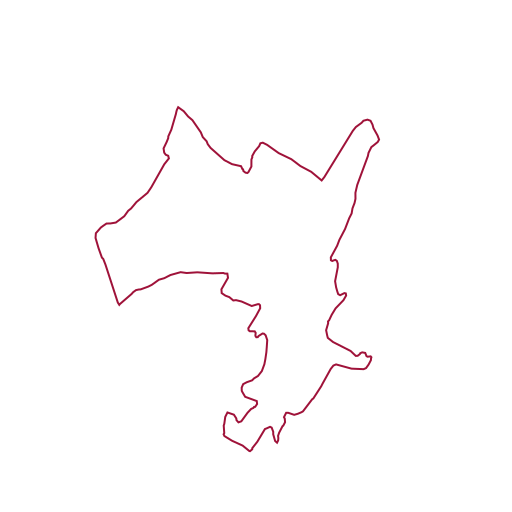 Casillas, Santa Rosa, Guatemala, rotated 209°
{"feature_id": "79465075B57906860405823", "entity_name": "Casillas", "entity_type": "district", "adm_level": 2, "iso_a3": "GTM", "parent_name": "Guatemala", "parent_adm1": "Santa Rosa", "projection": "equal_earth", "projection_center": [-90.184, 14.388], "detail": "fine", "context": "isolated", "style": "outline", "palette": "rose", "viewbox_px": 512, "rotation_deg": 209, "n_neighbors": 0, "source": "geoboundaries", "source_scale": "gbopen_adm2", "svg_char_len": 3201}
<svg xmlns="http://www.w3.org/2000/svg" viewBox="0 0 512 512"><g transform="rotate(209 256 256)"><path d="M197.9,84.4L196.3,83.2L187.3,82.8L175.8,83.7L167.3,82.2L166.6,82.4L165.6,85.1L166.1,86.1L164.8,94.2L164.3,109.0L163.2,110.3L160.9,113.4L159.1,113.5L155.7,110.6L154.5,108.4L149.6,103.5L147.1,102.9L147.2,105.4L148.2,107.6L149.5,109.4L150.1,112.7L150.3,120.1L149.9,120.8L150.0,124.7L152.0,127.7L153.4,128.6L153.6,133.5L151.7,134.5L145.6,135.6L142.9,138.3L140.5,141.4L139.6,142.9L137.4,158.0L136.8,159.1L135.8,173.7L135.9,176.4L135.9,193.4L135.2,197.7L133.4,200.0L117.8,203.8L107.0,209.2L105.4,211.3L104.9,215.6L105.0,220.6L105.7,222.1L106.0,223.4L107.1,223.8L109.6,222.0L110.8,222.0L113.5,224.2L116.4,223.2L117.7,221.5L117.6,220.6L118.7,218.0L120.3,217.0L127.2,218.8L146.8,218.1L153.5,219.2L155.2,221.0L158.7,225.1L160.3,232.2L161.3,233.7L160.9,235.1L161.3,241.4L161.0,248.8L158.1,259.7L158.0,265.1L159.3,266.8L160.7,266.4L163.4,262.5L165.6,262.5L167.6,264.3L170.7,267.4L174.6,272.3L179.0,285.8L180.8,289.0L182.9,290.9L184.7,291.1L185.6,290.2L186.9,288.6L188.4,288.6L189.9,291.1L190.0,304.3L190.9,310.6L191.2,322.8L192.8,334.2L193.0,339.6L194.7,344.4L195.5,350.1L196.7,354.2L199.7,359.5L201.9,367.2L206.6,397.7L207.6,400.8L207.9,407.2L206.8,409.7L204.8,414.7L204.8,417.5L208.1,420.3L215.3,424.8L217.8,427.4L221.4,429.8L224.6,429.3L227.6,426.4L228.2,423.7L231.2,417.2L232.0,412.4L234.5,358.1L235.2,353.9L248.5,356.4L260.8,356.2L272.0,357.8L286.0,357.0L300.2,358.6L305.0,358.4L306.8,356.7L306.5,353.6L307.8,346.9L307.8,341.6L307.1,340.6L306.8,338.2L303.4,332.0L303.3,325.7L303.8,324.4L305.6,323.8L308.2,324.2L309.3,325.5L310.0,325.4L312.6,327.3L321.5,324.7L330.1,324.5L348.1,328.5L352.4,330.4L354.8,332.4L360.2,334.2L364.2,337.4L377.5,344.0L383.0,345.1L389.4,347.6L396.2,348.4L396.1,346.5L396.0,345.2L395.6,343.6L394.9,341.3L391.3,325.4L390.7,318.1L389.9,316.5L389.4,312.2L389.0,305.3L386.4,301.9L384.0,300.8L381.4,301.1L379.5,299.1L380.7,291.8L380.9,265.4L381.5,258.6L386.7,245.3L388.3,237.0L389.7,233.6L390.5,226.9L394.8,217.3L399.1,213.9L402.5,211.9L404.4,208.1L405.5,205.7L407.1,198.3L405.1,194.0L397.5,186.5L390.0,179.9L388.2,179.4L383.5,175.5L354.3,148.3L351.9,147.0L351.7,148.1L346.4,162.5L345.9,164.8L344.4,168.0L342.0,170.1L341.2,170.5L340.4,171.2L339.9,171.8L335.4,177.0L333.2,180.2L329.4,188.2L325.5,192.1L321.6,197.9L314.1,205.3L308.4,207.5L299.4,213.3L285.7,219.7L276.3,225.3L274.8,225.5L272.5,226.7L269.9,223.3L270.1,210.1L268.0,206.9L263.5,206.5L259.4,207.1L254.3,206.1L252.1,207.7L246.6,209.2L235.5,210.2L231.1,214.7L230.1,215.3L228.6,214.9L227.0,212.3L226.9,203.5L227.7,189.1L226.4,187.4L224.9,187.2L220.6,189.5L219.0,188.6L218.6,187.6L218.0,186.2L217.3,185.5L216.3,185.1L215.1,185.9L215.0,187.2L212.7,191.4L211.3,191.9L209.1,191.3L205.4,187.9L202.4,181.5L200.3,176.9L197.8,170.3L196.2,165.4L195.1,158.2L196.1,152.0L198.4,148.0L199.1,145.4L202.9,141.1L205.1,137.7L204.7,133.9L203.1,131.2L201.8,130.3L197.2,127.6L185.0,129.5L183.3,127.1L183.6,123.7L184.5,123.1L184.6,121.9L186.1,119.9L187.4,114.8L188.7,104.3L190.7,102.0L193.5,103.0L194.5,104.4L198.4,106.5L205.1,105.3L204.9,100.4L202.4,93.9L202.0,92.0L197.9,85.7L197.9,84.4Z" fill="none" stroke="#9f1239" stroke-width="2"/></g></svg>